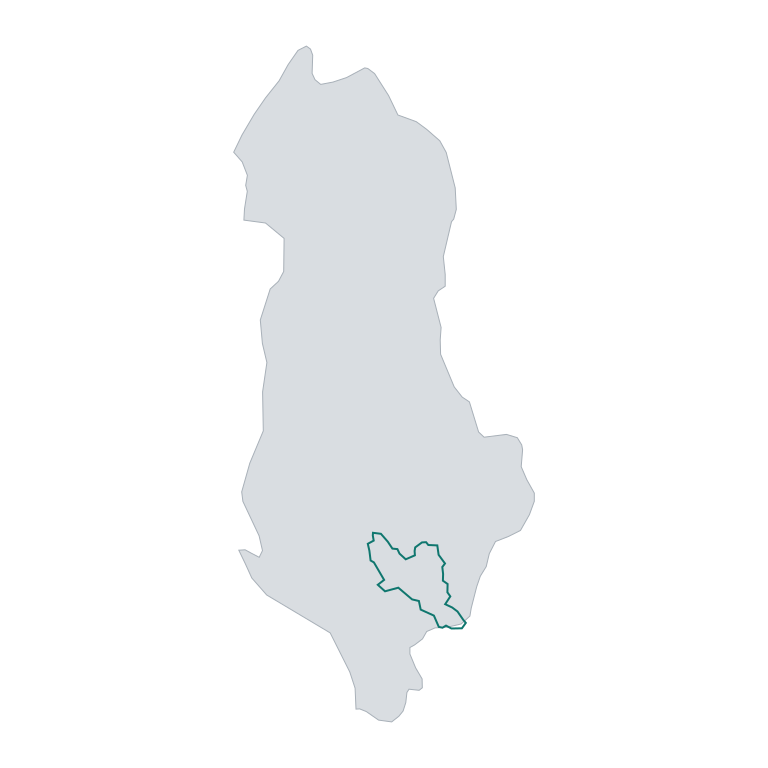 Përmet, Gjirokastër, Albania (highlighted)
{"feature_id": "67620474B23103740146981", "entity_name": "Përmet", "entity_type": "district", "adm_level": 2, "iso_a3": "ALB", "parent_name": "Albania", "parent_adm1": "Gjirokastër", "projection": "equal_earth", "projection_center": [20.353, 40.273], "detail": "fine", "context": "in_parent", "style": "outline", "palette": "teal", "viewbox_px": 768, "rotation_deg": 0, "n_neighbors": 0, "source": "geoboundaries", "source_scale": "gbopen_adm2", "svg_char_len": 2093}
<svg xmlns="http://www.w3.org/2000/svg" viewBox="0 0 768 768"><path d="M243.9,220.1L244.5,209.0L247.3,191.3L245.7,185.4L247.4,175.3L242.2,161.9L233.7,152.2L242.0,135.0L254.2,114.3L265.5,97.9L279.1,80.8L288.2,64.5L298.0,50.4L306.4,46.1L310.5,49.1L312.7,55.2L312.1,73.4L315.0,79.7L320.7,84.4L332.9,82.1L346.5,77.6L364.7,67.9L367.8,68.5L374.6,73.6L388.6,95.6L397.9,115.0L416.3,121.7L426.6,129.3L439.8,140.8L446.2,152.4L455.2,187.9L456.3,209.3L453.7,219.1L451.5,221.7L443.3,256.6L445.2,274.5L445.2,286.2L438.2,290.9L433.6,298.3L441.1,327.5L440.2,340.0L440.6,354.3L454.2,386.9L462.2,397.1L469.4,401.9L478.6,432.0L484.1,437.2L506.4,434.4L517.3,437.7L521.7,444.9L522.6,449.8L521.2,466.7L526.8,479.7L534.3,493.1L534.3,501.3L529.4,514.7L520.5,530.4L508.6,536.4L495.5,541.5L489.3,553.6L486.2,566.6L480.3,576.2L476.7,586.7L471.2,608.2L469.9,616.1L461.1,624.0L447.3,627.2L435.0,627.9L426.7,631.5L422.5,638.9L414.6,644.9L409.9,647.5L409.9,654.0L415.6,667.8L422.1,678.9L422.3,687.8L419.1,690.3L409.0,689.2L406.9,692.5L405.8,702.5L403.1,711.0L398.9,716.2L391.7,721.9L378.6,720.1L366.2,711.5L359.7,708.9L356.0,709.1L355.1,688.2L349.8,672.0L330.2,632.9L266.7,595.0L251.8,578.0L245.3,563.7L238.8,550.2L245.1,549.8L251.3,553.2L259.2,557.3L262.5,550.6L259.1,535.8L242.9,501.4L241.7,491.9L249.8,463.2L263.3,430.9L262.6,391.9L266.9,362.5L262.4,343.4L260.3,320.0L270.2,289.0L278.5,281.3L283.7,271.5L284.1,238.4L265.5,223.0L243.9,220.1Z" fill="#d9dde1" stroke="#a8b0b8" stroke-width="1"/><path d="M372.8,535.5L373.7,540.6L367.8,543.8L369.4,550.8L370.6,560.5L373.9,562.4L384.1,579.9L377.8,584.8L385.0,591.3L398.3,587.7L412.1,599.4L418.9,601.0L420.7,609.6L433.9,615.6L438.8,626.9L442.5,627.7L446.0,625.6L451.4,628.5L461.9,628.3L465.8,622.9L463.3,619.9L457.5,611.5L452.2,607.5L445.2,604.2L450.3,596.4L447.4,592.3L447.6,584.0L442.9,580.7L443.1,574.0L442.3,567.0L445.0,563.5L438.6,554.8L437.3,545.4L428.3,545.0L426.1,542.2L422.0,542.4L415.2,547.4L414.6,551.0L414.9,555.3L405.7,559.3L399.5,553.6L397.4,549.1L392.4,548.6L387.8,541.7L380.9,533.8L373.0,532.8L372.8,535.5Z" fill="none" stroke="#0f766e" stroke-width="2"/></svg>